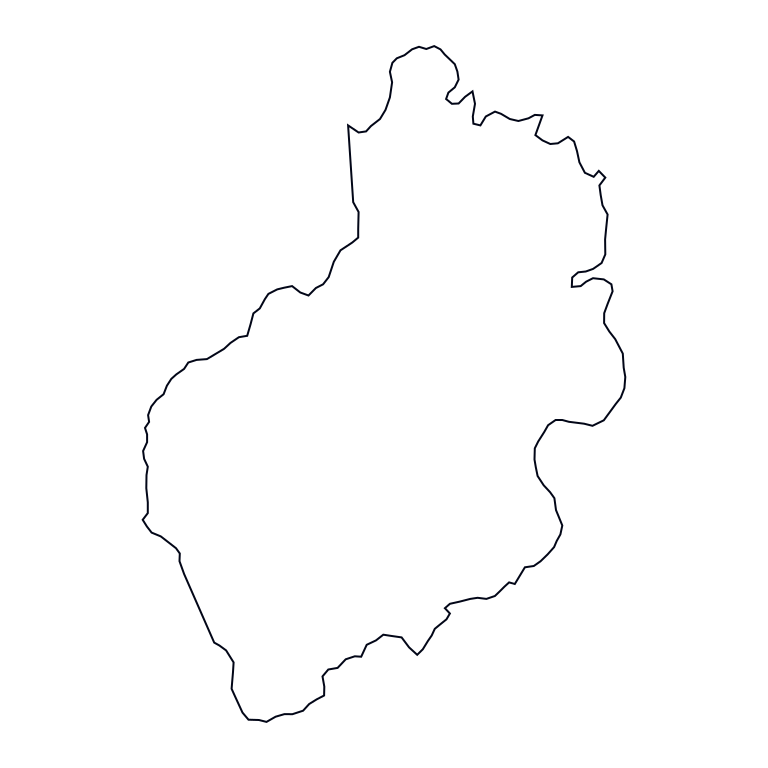 Santo Antônio da Barra, Goiás, Brazil (Natural Earth projection)
{"feature_id": "56859067B73524434673838", "entity_name": "Santo Antônio da Barra", "entity_type": "district", "adm_level": 2, "iso_a3": "BRA", "parent_name": "Brazil", "parent_adm1": "Goiás", "projection": "natural_earth1", "projection_center": [-50.62, -17.518], "detail": "fine", "context": "isolated", "style": "outline", "palette": "ink", "viewbox_px": 768, "rotation_deg": 0, "n_neighbors": 0, "source": "geoboundaries", "source_scale": "gbopen_adm2", "svg_char_len": 2698}
<svg xmlns="http://www.w3.org/2000/svg" viewBox="0 0 768 768"><path d="M598.8,170.9L593.7,176.8L584.9,172.8L579.4,162.3L577.0,151.1L574.1,141.5L568.1,136.9L557.9,143.3L550.3,144.0L542.5,140.4L535.4,135.1L542.5,115.4L534.8,114.9L528.5,118.3L518.4,121.0L509.8,119.0L501.0,113.8L495.0,111.6L485.8,116.5L480.4,125.4L473.4,123.7L472.8,116.5L475.0,103.8L472.5,91.4L465.1,96.8L458.6,103.5L451.9,103.8L446.1,99.0L448.4,92.6L454.8,87.3L458.6,79.6L457.4,71.6L454.8,64.2L449.1,58.7L444.7,54.5L440.5,49.4L434.2,46.1L426.3,49.0L419.0,46.8L412.1,49.3L404.5,55.2L396.8,58.3L392.4,62.8L389.9,71.8L392.1,82.3L389.9,97.4L385.5,109.9L380.0,119.0L370.9,126.1L366.1,131.4L358.6,132.5L348.1,125.4L353.2,202.2L358.6,212.0L358.2,229.0L358.2,237.6L352.3,242.5L340.5,250.3L333.8,261.8L328.7,277.1L323.1,284.3L315.9,288.0L308.5,295.5L300.3,292.5L292.1,286.1L284.2,287.7L277.2,289.4L268.4,293.9L264.9,299.1L259.8,308.4L253.4,313.4L250.6,324.1L247.2,335.8L238.9,337.2L230.5,342.9L224.1,348.8L215.6,353.9L206.9,359.1L196.6,359.9L188.3,362.5L184.1,368.9L176.3,374.4L171.3,378.9L166.9,385.7L163.6,394.2L156.6,399.8L151.3,406.5L148.1,415.1L149.1,421.9L145.0,427.9L147.1,434.4L147.1,442.2L143.1,451.0L144.1,458.8L147.8,466.7L146.5,475.1L146.3,488.2L147.8,502.4L147.8,513.1L142.7,519.8L146.9,526.5L151.6,532.6L160.8,536.4L176.0,548.2L179.8,553.5L179.5,561.2L184.1,574.0L214.2,642.6L219.4,645.5L226.1,650.4L233.6,662.4L233.0,672.1L231.6,688.8L235.0,696.3L242.5,712.6L248.5,719.7L258.9,720.0L266.5,721.9L275.6,716.7L284.5,714.1L292.4,714.2L303.1,710.7L309.2,704.0L316.8,699.3L324.1,695.5L324.3,686.6L322.5,676.4L328.3,669.5L337.6,667.9L345.7,659.3L354.8,656.3L361.2,656.7L366.7,644.8L376.0,640.4L383.3,634.7L391.1,635.9L401.6,637.4L409.1,647.4L417.2,654.8L422.8,649.3L427.9,641.0L431.7,635.5L434.8,628.8L439.8,624.7L446.5,619.3L449.9,613.5L444.9,608.2L449.9,603.8L459.8,601.6L470.3,598.9L477.6,597.8L486.4,598.9L494.9,596.0L499.4,591.7L504.4,586.7L509.1,582.4L514.8,584.0L524.9,567.3L533.8,566.0L540.6,561.2L547.7,554.3L554.1,547.1L556.7,541.0L560.4,534.4L562.3,525.5L558.8,516.9L556.0,510.1L554.4,498.2L550.1,492.2L543.7,485.3L537.6,476.0L535.8,467.2L534.5,459.5L534.8,448.3L538.2,441.5L544.3,431.9L548.1,425.2L555.6,420.0L562.3,420.0L568.9,421.8L584.1,423.7L592.5,425.8L603.8,420.3L610.4,411.3L615.8,403.9L620.8,397.6L624.4,388.2L625.3,377.0L623.7,367.7L622.8,353.6L615.2,339.1L609.3,331.5L604.1,323.1L604.2,313.2L607.7,303.7L612.6,291.3L611.4,284.3L603.8,279.4L593.0,278.2L586.1,281.7L580.7,286.1L571.8,286.9L572.2,277.5L578.2,272.3L585.8,271.5L593.1,268.9L601.6,263.0L605.3,254.4L605.1,239.4L606.1,229.0L607.6,214.5L602.5,205.3L600.7,195.1L599.4,185.4L605.3,177.6L598.8,170.9Z" fill="none" stroke="#020617" stroke-width="2"/></svg>